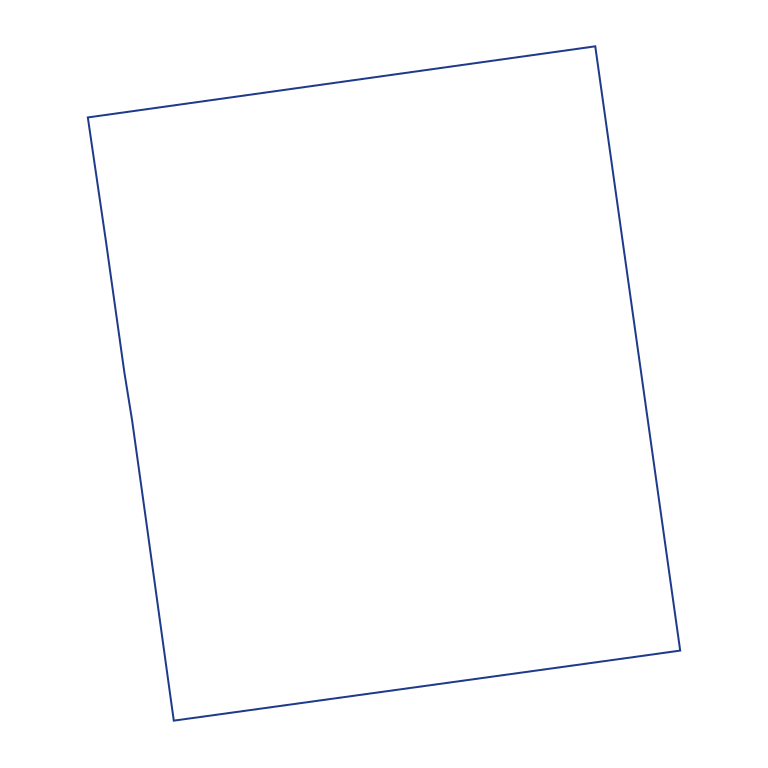 outline of Mitchell, Iowa, United States of America, rotated 262°
{"feature_id": "52423323B1744972810142", "entity_name": "Mitchell", "entity_type": "district", "adm_level": 2, "iso_a3": "USA", "parent_name": "United States of America", "parent_adm1": "Iowa", "projection": "albers", "projection_center": [-92.779, 43.357], "detail": "fine", "context": "isolated", "style": "outline", "palette": "blue", "viewbox_px": 768, "rotation_deg": 262, "n_neighbors": 0, "source": "geoboundaries", "source_scale": "gbopen_adm2", "svg_char_len": 354}
<svg xmlns="http://www.w3.org/2000/svg" viewBox="0 0 768 768"><g transform="rotate(262 384 384)"><path d="M79.9,129.0L78.9,564.0L78.8,640.2L689.0,640.2L689.2,127.8L565.0,128.5L559.7,128.5L534.8,128.5L513.5,128.5L508.7,128.5L489.9,128.5L432.0,128.5L382.5,129.5L279.2,129.4L101.2,129.0L79.9,129.0Z" fill="none" stroke="#1e3a8a" stroke-width="2"/></g></svg>